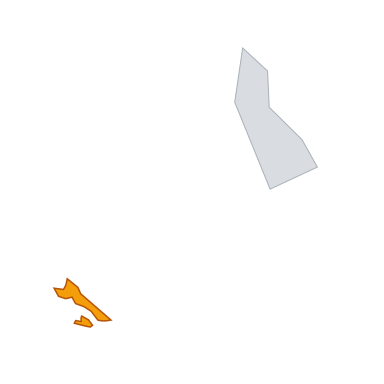 Baie Sainte Anne highlighted on a map of Seychelles, rotated 190°
{"feature_id": "SYC-5204", "entity_name": "Baie Sainte Anne", "entity_type": "state/province", "adm_level": 1, "iso_a3": "SYC", "parent_name": "Seychelles", "parent_adm1": "", "projection": "albers", "projection_center": [55.733, -4.314], "detail": "fine", "context": "in_parent", "style": "filled", "palette": "amber", "viewbox_px": 384, "rotation_deg": 190, "n_neighbors": 0, "source": "natural_earth", "source_scale": "10m", "svg_char_len": 636}
<svg xmlns="http://www.w3.org/2000/svg" viewBox="0 0 384 384"><g transform="rotate(190 192 192)"><path d="M165.5,287.8L167.1,342.6L138.6,324.3L130.7,288.9L92.6,262.5L72.9,238.3L115.6,208.4L165.5,287.8Z" fill="#d9dde1" stroke="#a8b0b8" stroke-width="1"/><path d="M249.6,51.8L253.9,50.3L257.9,49.5L262.3,49.4L270.7,57.1L278.7,60.4L287.3,61.9L291.9,67.6L297.8,65.0L305.3,66.1L311.1,73.3L301.6,73.7L300.0,78.6L299.8,84.9L287.8,78.2L283.9,72.4L249.6,51.8ZM266.8,43.5L268.6,41.4L272.8,41.4L282.4,42.1L285.1,42.3L284.2,45.2L278.7,45.2L279.4,48.7L279.1,50.7L271.9,48.2L266.8,43.5Z" fill="#f59e0b" stroke="#b45309" stroke-width="1.5"/></g></svg>